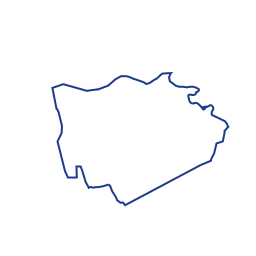 outline of Bocage, Castries, Saint Lucia, rotated 315°
{"feature_id": "8701671B35941232442157", "entity_name": "Bocage", "entity_type": "district", "adm_level": 2, "iso_a3": "LCA", "parent_name": "Saint Lucia", "parent_adm1": "Castries", "projection": "orthographic", "projection_center": [-60.966, 14.003], "detail": "fine", "context": "isolated", "style": "outline", "palette": "blue", "viewbox_px": 256, "rotation_deg": 315, "n_neighbors": 0, "source": "geoboundaries", "source_scale": "gbopen_adm2", "svg_char_len": 2870}
<svg xmlns="http://www.w3.org/2000/svg" viewBox="0 0 256 256"><g transform="rotate(315 128 128)"><path d="M197.1,119.5L195.7,118.2L195.0,117.5L190.6,113.7L188.8,113.6L183.3,113.4L182.5,113.1L180.5,112.5L176.3,111.7L174.7,111.3L172.0,109.8L171.9,109.2L171.5,106.8L168.2,100.0L167.6,98.8L166.9,97.7L165.9,95.0L164.8,92.3L163.5,90.3L160.7,87.4L159.8,86.5L157.5,85.8L153.2,84.6L149.1,84.4L143.9,84.0L137.7,81.2L133.9,79.5L133.9,79.2L125.7,73.0L125.1,72.5L116.8,57.6L116.0,56.3L113.3,51.3L102.9,46.2L91.0,63.9L91.3,64.7L89.8,68.3L82.8,79.8L77.5,84.6L68.6,87.7L66.1,92.0L53.0,113.9L52.9,114.2L50.5,120.6L56.8,126.8L61.4,121.9L64.3,118.8L66.0,120.4L67.3,121.7L65.6,125.5L63.9,128.7L62.3,131.8L59.8,136.4L59.7,136.9L58.1,142.4L58.0,142.6L58.3,142.7L59.8,143.1L60.8,145.0L64.1,147.8L65.7,149.1L68.6,151.2L73.3,153.8L74.1,154.3L74.4,156.3L72.1,161.5L70.3,169.3L69.9,170.0L69.3,171.1L69.5,173.0L69.8,175.5L70.3,175.9L71.8,177.3L71.3,180.4L71.3,180.5L152.0,205.2L153.3,205.6L163.5,209.8L165.0,208.7L170.9,206.9L179.7,201.5L185.6,204.5L193.0,199.6L194.1,198.4L197.1,198.2L199.8,198.1L199.8,197.9L199.8,197.3L200.8,195.3L201.0,194.6L201.0,193.5L201.1,193.2L201.4,191.9L197.9,181.8L197.8,181.5L197.5,180.7L197.1,179.6L196.6,178.7L196.8,177.6L197.6,176.6L199.1,175.7L200.0,175.4L200.5,175.3L201.2,175.2L202.2,174.4L202.5,174.1L202.6,173.8L203.0,172.9L203.0,171.3L202.8,170.9L202.7,170.4L201.7,169.7L200.4,169.5L200.2,169.4L199.5,169.2L198.8,168.9L198.0,168.5L198.0,167.9L198.1,167.7L197.9,167.5L197.5,167.5L196.2,168.5L195.3,168.8L194.4,168.1L194.3,167.7L194.3,167.3L195.1,167.0L196.3,166.7L196.2,166.5L195.9,166.3L194.6,165.9L194.6,165.6L194.7,165.1L194.8,164.6L194.8,164.3L194.8,163.9L194.8,163.7L194.7,163.1L194.8,162.2L194.7,162.0L194.7,161.8L194.7,161.4L194.7,161.1L194.7,160.4L194.6,160.2L194.5,159.7L194.3,159.2L194.2,159.0L194.0,158.6L193.7,158.2L193.5,157.9L193.2,157.7L192.9,157.5L192.6,157.3L192.3,157.2L192.0,157.1L191.8,157.0L191.5,156.8L191.3,156.6L191.2,156.5L190.7,155.8L190.4,155.1L190.4,154.9L190.3,154.6L190.2,153.8L190.2,153.3L190.4,152.7L190.5,152.5L190.6,152.3L191.1,151.5L191.2,151.3L191.3,150.9L191.7,150.5L191.9,150.0L192.4,149.3L192.5,149.0L192.7,148.8L193.1,148.2L193.4,147.9L193.6,147.7L193.9,147.6L194.2,147.6L194.7,147.8L195.2,148.1L195.5,148.3L195.8,148.5L196.2,149.1L196.4,149.6L196.5,149.8L196.8,150.2L197.1,150.4L197.5,150.8L197.7,151.0L198.3,151.3L198.9,151.6L199.3,151.8L199.5,151.8L199.9,151.8L200.3,151.7L200.8,151.4L201.3,151.1L201.5,151.0L201.8,151.0L202.2,151.2L202.7,151.6L203.1,151.6L204.4,151.6L204.7,151.5L204.8,151.4L205.0,151.3L205.5,150.6L205.2,149.5L204.8,147.9L203.5,145.2L202.4,144.0L200.6,142.4L198.4,140.9L196.0,137.7L193.2,134.8L192.8,134.0L191.7,132.1L191.4,129.7L190.8,125.5L190.6,124.5L191.5,123.4L192.6,121.4L192.8,121.3L193.1,121.1L195.3,120.1L196.8,119.5L197.1,119.5Z" fill="none" stroke="#1e3a8a" stroke-width="2"/></g></svg>